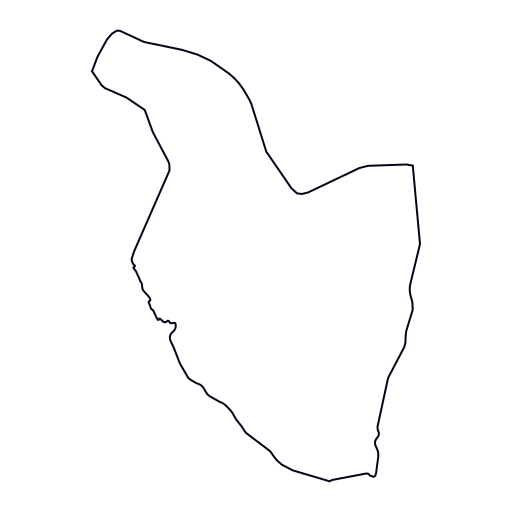 the State of Gedarif
{"feature_id": "SDN-876", "entity_name": "Gedarif", "entity_type": "State", "adm_level": 1, "iso_a3": "SDN", "parent_name": "Sudan", "parent_adm1": "", "projection": "equal_earth", "projection_center": [34.825, 14.186], "detail": "fine", "context": "isolated", "style": "outline", "palette": "ink", "viewbox_px": 512, "rotation_deg": 0, "n_neighbors": 0, "source": "natural_earth", "source_scale": "10m", "svg_char_len": 2255}
<svg xmlns="http://www.w3.org/2000/svg" viewBox="0 0 512 512"><path d="M410.7,316.4L406.2,331.2L405.8,334.2L405.4,342.6L404.4,346.8L388.1,377.9L377.5,426.7L377.7,429.6L378.6,431.9L378.9,433.2L378.9,434.5L378.0,436.7L376.3,438.8L375.0,441.4L375.2,444.7L377.7,450.6L378.2,452.8L378.3,456.4L376.1,473.0L375.2,475.9L373.5,476.8L370.4,475.7L369.4,475.0L368.8,474.3L368.1,473.8L366.7,473.5L365.8,473.6L332.5,479.9L329.6,481.2L329.5,481.3L329.4,481.3L329.3,481.2L292.6,470.3L281.9,464.7L277.6,461.0L274.3,457.2L271.4,452.9L269.7,450.9L246.3,433.1L245.0,431.7L241.7,426.5L236.1,419.4L232.1,412.4L230.1,409.9L225.7,405.4L223.0,403.3L221.1,402.4L219.9,402.0L209.5,396.1L208.0,394.8L207.2,393.9L206.4,392.9L203.5,387.9L202.1,386.2L200.9,385.2L199.7,384.5L195.5,382.7L190.8,379.9L188.3,378.0L179.9,363.5L173.7,347.5L170.7,341.3L170.2,339.9L169.9,338.4L169.9,336.8L170.2,335.4L170.8,334.1L172.4,332.2L173.3,331.4L174.2,330.4L174.9,329.4L175.4,328.1L175.7,326.6L175.7,325.1L175.6,324.1L175.2,323.1L174.5,322.9L173.4,322.8L172.2,323.2L171.0,323.2L169.9,322.8L169.0,321.2L168.3,320.8L167.7,320.8L165.8,322.1L164.4,322.2L163.1,321.7L161.1,319.6L160.0,318.7L159.3,318.6L158.6,319.9L158.0,319.9L157.0,318.6L153.2,310.5L152.5,309.7L151.5,309.3L150.9,308.4L150.4,307.0L149.9,305.1L148.7,302.7L148.7,301.8L149.1,301.2L149.7,300.9L150.1,300.7L150.3,300.3L150.3,299.5L149.9,298.5L148.9,296.7L144.2,291.6L143.0,290.0L142.4,288.6L142.2,287.6L142.0,284.6L141.9,283.8L141.7,283.4L140.4,281.4L139.7,279.5L136.2,271.8L135.6,270.8L133.8,268.4L133.5,267.7L133.7,267.0L133.9,266.8L134.8,266.5L134.9,266.1L134.8,265.7L134.2,264.9L133.5,264.3L132.7,263.2L132.1,261.6L131.6,259.1L134.1,251.4L169.5,170.5L169.4,164.8L168.5,161.7L152.8,132.1L145.1,110.9L144.8,110.4L144.5,109.8L126.5,97.6L105.1,88.2L101.7,85.4L92.0,71.3L97.4,57.0L106.9,39.6L112.0,33.7L116.5,30.8L119.7,30.7L144.1,42.0L181.8,49.8L197.5,54.6L210.7,60.8L228.4,73.1L234.3,78.2L239.1,83.5L243.3,89.3L249.2,99.3L251.3,103.8L266.3,151.7L291.4,188.2L296.9,193.3L301.7,194.0L308.0,192.5L359.4,168.0L368.2,165.8L406.4,164.5L412.7,165.6L412.8,165.6L414.1,180.0L415.8,198.6L417.5,216.9L420.0,244.1L410.2,284.5L409.8,287.6L409.8,291.4L410.4,295.0L412.4,302.4L412.7,309.8L410.7,316.4Z" fill="none" stroke="#020617" stroke-width="2"/></svg>